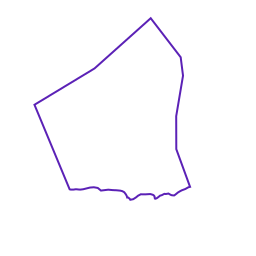 the district of Alamn, Matruh, Egypt, rotated 149°
{"feature_id": "37247803B41250479572628", "entity_name": "Alamn", "entity_type": "district", "adm_level": 2, "iso_a3": "EGY", "parent_name": "Egypt", "parent_adm1": "Matruh", "projection": "robinson", "projection_center": [28.773, 30.785], "detail": "fine", "context": "isolated", "style": "outline", "palette": "violet", "viewbox_px": 256, "rotation_deg": 149, "n_neighbors": 0, "source": "geoboundaries", "source_scale": "gbopen_adm2", "svg_char_len": 956}
<svg xmlns="http://www.w3.org/2000/svg" viewBox="0 0 256 256"><g transform="rotate(149 128 128)"><path d="M209.6,105.5L208.8,104.7L206.5,103.3L204.3,102.4L203.3,101.7L202.4,101.0L200.7,99.8L198.0,98.6L191.2,96.5L187.8,94.8L184.8,92.2L183.4,88.3L181.4,87.4L176.7,85.3L172.9,82.5L170.0,80.6L166.9,78.3L165.4,76.8L164.3,74.9L164.0,72.1L164.1,70.3L164.5,68.8L163.7,68.4L163.0,66.5L163.0,65.3L160.2,64.3L156.8,64.4L154.2,64.8L151.2,64.6L147.3,62.2L142.9,59.9L141.5,58.4L141.0,57.8L140.6,56.9L140.5,55.8L140.7,55.2L141.0,54.6L141.3,53.7L140.8,53.2L139.3,53.0L137.3,53.2L135.4,53.5L133.5,53.0L131.4,52.9L130.5,52.7L129.7,52.0L128.5,51.5L127.1,51.0L126.4,49.7L125.9,48.9L125.4,48.1L124.3,47.2L124.0,47.0L123.1,46.4L121.1,46.6L118.4,47.0L116.2,47.0L114.1,46.9L110.3,46.2L106.8,46.1L105.1,45.6L104.7,47.8L97.5,85.0L80.6,113.3L53.9,144.5L46.4,161.5L52.0,210.4L126.0,196.3L196.2,196.1L209.6,105.6L209.6,105.5Z" fill="none" stroke="#5b21b6" stroke-width="2"/></g></svg>